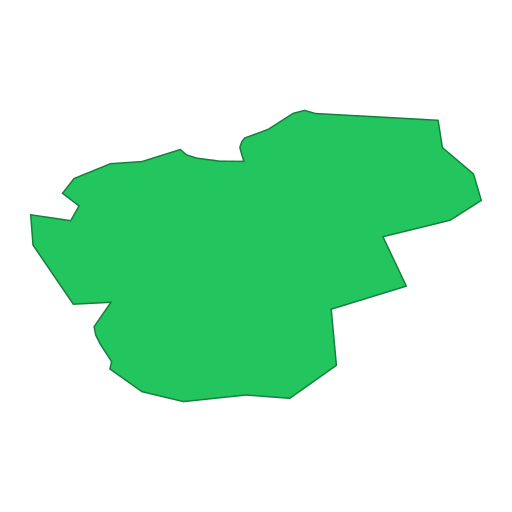 the border of Aglonas
{"feature_id": "LVA-5748", "entity_name": "Aglonas", "entity_type": "Municipality", "adm_level": 1, "iso_a3": "LVA", "parent_name": "Latvia", "parent_adm1": "", "projection": "robinson", "projection_center": [27.078, 56.097], "detail": "fine", "context": "isolated", "style": "filled", "palette": "green", "viewbox_px": 512, "rotation_deg": 0, "n_neighbors": 0, "source": "natural_earth", "source_scale": "10m", "svg_char_len": 627}
<svg xmlns="http://www.w3.org/2000/svg" viewBox="0 0 512 512"><path d="M180.3,149.5L186.3,154.8L196.5,158.1L219.9,161.2L243.9,161.4L240.5,150.2L239.9,147.1L241.9,141.5L244.7,138.0L268.1,129.4L293.1,113.4L304.5,110.4L315.3,113.5L438.1,120.3L442.4,147.6L473.5,174.0L481.3,200.4L450.2,220.2L382.9,236.7L406.3,286.1L331.2,309.2L336.4,365.3L289.8,398.3L245.7,395.0L183.5,401.6L142.0,391.7L109.9,369.0L111.6,361.6L100.4,344.4L95.8,335.3L94.1,326.7L110.9,302.3L73.3,304.2L33.0,245.1L30.7,214.8L70.7,220.7L79.0,205.9L62.5,193.3L74.1,178.5L110.5,163.7L141.9,161.6L180.3,149.5Z" fill="#22c55e" stroke="#15803d" stroke-width="1.5"/></svg>